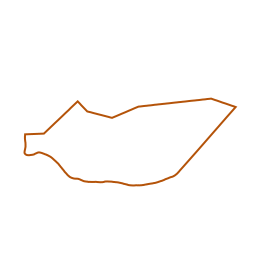 Zamakh wa Manwokh, Hadramawt, Yemen, rotated 46°
{"feature_id": "15242507B25520584620075", "entity_name": "Zamakh wa Manwokh", "entity_type": "district", "adm_level": 2, "iso_a3": "YEM", "parent_name": "Yemen", "parent_adm1": "Hadramawt", "projection": "albers", "projection_center": [47.768, 17.17], "detail": "fine", "context": "isolated", "style": "outline", "palette": "amber", "viewbox_px": 256, "rotation_deg": 46, "n_neighbors": 0, "source": "geoboundaries", "source_scale": "gbopen_adm2", "svg_char_len": 5523}
<svg xmlns="http://www.w3.org/2000/svg" viewBox="0 0 256 256"><g transform="rotate(46 128 128)"><path d="M61.1,206.4L62.2,207.6L62.4,207.9L63.0,208.5L63.4,208.8L63.5,209.0L63.8,209.3L64.3,209.7L64.8,210.1L65.3,210.5L65.7,210.8L66.1,211.1L66.6,211.5L67.1,211.8L67.6,212.2L68.0,212.6L68.5,213.0L68.9,213.4L69.4,213.9L69.9,214.3L70.3,214.8L70.7,215.3L70.9,215.5L71.0,215.7L71.4,216.3L71.8,216.8L72.1,217.3L72.4,217.8L72.5,217.9L72.7,218.2L72.9,218.5L73.1,218.7L73.6,219.3L74.0,219.7L74.2,219.8L74.5,219.9L75.1,220.0L75.6,220.0L76.2,219.9L76.7,219.7L76.8,219.7L77.2,219.5L77.6,219.2L78.1,218.8L78.6,218.3L79.0,217.9L79.3,217.5L79.6,217.0L80.4,216.0L80.7,215.5L81.1,215.1L81.2,214.9L81.3,214.6L81.7,214.0L81.8,213.5L81.9,213.0L82.1,212.4L82.3,211.9L82.5,211.4L82.6,211.2L82.7,210.8L82.9,210.2L83.0,210.1L83.2,209.7L83.5,209.2L83.9,208.8L84.3,208.5L84.7,208.2L85.0,208.0L85.2,207.9L85.7,207.6L86.2,207.3L86.4,207.2L87.1,206.9L87.3,206.8L87.7,206.6L88.3,206.3L88.7,206.2L89.0,206.0L89.5,205.8L89.9,205.6L90.1,205.4L90.8,205.2L91.1,205.0L91.3,205.0L91.8,204.7L92.1,204.7L92.3,204.6L92.9,204.4L93.5,204.2L94.0,204.0L94.5,203.9L95.3,203.7L95.6,203.6L95.9,203.6L96.6,203.5L97.2,203.4L97.8,203.4L98.0,203.4L98.6,203.3L98.9,203.3L99.1,203.3L99.7,203.3L99.8,203.3L100.3,203.2L100.5,203.2L101.0,203.2L101.8,203.1L102.7,203.1L103.2,203.1L103.6,203.1L103.8,203.0L104.5,203.0L105.2,203.0L105.9,203.0L106.3,203.1L107.2,203.2L107.8,203.2L108.3,203.3L109.1,203.4L109.6,203.4L110.2,203.4L110.8,203.5L111.1,203.5L111.4,203.6L111.7,203.6L112.0,203.6L112.5,203.6L113.1,203.7L113.7,203.7L114.3,203.8L114.5,203.8L114.9,203.9L115.3,203.9L115.5,204.0L116.2,204.0L116.6,204.0L116.8,204.0L117.3,204.0L117.5,204.0L118.1,204.0L118.4,204.0L118.8,204.1L119.5,204.1L119.8,204.1L120.0,204.1L120.6,204.1L121.3,204.0L121.8,204.0L122.0,203.9L122.5,203.9L122.9,203.8L123.0,203.8L123.5,203.6L124.1,203.4L124.6,203.2L125.2,202.9L125.9,202.5L126.3,202.3L126.9,201.9L127.3,201.6L127.8,201.1L128.3,200.6L128.7,200.2L129.1,199.9L129.6,199.4L130.0,199.1L130.6,198.8L131.2,198.5L132.1,198.1L132.5,198.0L132.8,197.9L133.1,197.7L133.4,197.6L133.9,197.4L134.4,197.2L134.9,197.0L135.4,196.8L135.8,196.5L136.3,196.2L136.8,195.8L137.3,195.4L137.7,195.1L138.2,194.6L138.7,194.3L138.9,194.2L139.3,193.9L139.7,193.4L139.9,193.2L140.1,193.0L140.5,192.6L141.1,192.1L141.5,191.7L141.9,191.3L142.3,190.8L142.8,190.3L143.2,189.9L143.6,189.5L143.7,189.3L143.9,189.1L144.3,188.6L144.8,188.2L145.3,187.8L145.8,187.4L146.2,187.0L146.7,186.6L147.2,186.1L147.6,185.7L148.1,185.3L148.3,185.0L148.5,184.8L149.0,184.3L149.3,183.9L149.7,183.3L150.0,182.9L150.1,182.6L150.3,182.3L150.5,181.8L150.6,181.7L150.8,181.4L151.3,180.9L151.7,180.4L152.2,179.9L152.6,179.5L152.9,179.3L153.0,179.2L153.4,178.8L153.9,178.3L154.3,177.9L154.7,177.5L155.1,177.2L155.5,176.8L156.0,176.5L156.5,176.1L156.8,175.8L157.0,175.7L157.5,175.2L157.9,174.9L158.4,174.5L158.8,174.1L159.3,173.7L159.7,173.4L160.1,173.0L160.6,172.7L161.2,172.3L161.4,172.2L161.6,172.0L161.9,171.8L162.1,171.7L162.5,171.4L163.0,171.1L163.6,170.7L164.0,170.4L164.5,170.2L165.0,169.9L165.3,169.8L165.5,169.6L166.1,169.2L166.6,168.9L167.2,168.5L167.4,168.4L167.7,168.2L168.1,168.0L168.1,167.9L168.6,167.7L169.1,167.4L169.3,167.3L169.5,167.2L170.0,166.8L170.5,166.4L170.9,166.0L171.4,165.7L171.7,165.3L172.3,164.8L172.7,164.4L173.2,163.9L173.6,163.5L173.9,163.1L174.1,162.9L174.3,162.6L174.7,162.1L175.1,161.7L175.6,161.2L176.0,160.8L176.4,160.4L176.5,160.2L176.9,159.9L177.3,159.5L177.7,159.0L177.8,158.9L178.1,158.6L178.4,158.2L178.8,157.7L179.1,157.3L179.5,156.8L179.5,156.7L179.9,156.2L180.3,155.6L180.6,155.0L181.0,154.5L181.1,154.4L181.4,153.9L181.7,153.3L181.9,153.2L182.2,152.7L182.5,152.2L182.9,151.6L183.2,151.2L183.5,150.7L183.9,150.2L184.2,149.7L184.5,149.4L184.7,149.1L185.1,148.5L185.3,148.1L185.7,147.5L186.1,147.0L186.2,146.8L186.4,146.5L186.7,146.0L187.0,145.4L187.3,144.8L187.6,144.3L187.8,143.8L188.0,143.3L188.1,143.2L188.3,142.7L188.6,142.1L188.8,141.6L189.1,141.0L189.4,140.6L189.6,140.0L189.7,139.9L189.9,139.3L190.2,138.7L190.4,138.2L190.5,137.7L190.7,137.1L190.8,136.8L190.9,136.5L191.1,136.0L191.4,135.5L191.6,134.9L191.9,134.3L192.2,133.6L192.4,132.9L192.6,132.4L192.9,131.8L193.1,131.3L193.2,131.1L193.5,130.6L193.8,130.1L194.0,129.6L194.2,129.0L194.3,128.8L194.3,128.5L194.5,128.0L194.6,127.4L194.7,127.0L194.7,126.7L194.8,126.2L194.8,125.8L194.8,125.5L194.9,125.0L194.9,124.5L194.9,123.9L194.9,123.4L194.8,122.8L194.8,122.1L194.8,121.6L194.7,121.0L194.6,120.5L194.2,114.8L192.8,97.0L192.3,90.9L188.8,49.9L187.7,36.0L185.8,36.9L184.2,37.8L182.4,38.7L180.6,39.6L178.8,40.5L177.1,41.4L175.3,42.4L173.4,43.3L172.0,44.0L170.0,45.0L168.2,46.0L166.4,46.9L164.6,47.8L163.4,49.4L162.1,51.0L160.9,52.7L159.4,54.5L158.4,55.9L157.2,57.5L155.9,59.1L154.7,60.7L153.4,62.3L152.2,63.8L150.9,65.5L149.7,67.1L148.5,68.7L147.2,70.3L146.0,71.9L144.7,73.5L143.5,75.1L142.3,76.6L141.0,78.3L139.8,79.9L138.5,81.6L137.3,83.1L136.1,84.7L134.8,86.3L133.6,87.9L132.3,89.5L131.1,91.1L129.8,92.7L128.6,94.4L127.4,96.0L126.1,97.6L124.9,99.2L123.6,100.8L122.4,102.4L121.2,104.0L119.9,105.6L118.4,109.4L117.0,113.2L116.2,115.2L114.8,119.0L113.3,122.8L112.6,124.7L111.1,128.6L109.6,132.4L108.1,133.4L106.5,134.3L104.9,135.3L103.4,136.2L101.8,137.2L100.3,138.1L98.7,139.1L97.1,140.1L95.6,141.0L94.0,142.0L92.5,142.9L90.9,143.8L89.4,144.8L87.8,145.8L84.3,145.8L80.7,145.8L79.0,145.8L77.0,145.7L73.9,145.7L73.9,145.8L73.8,155.4L73.9,158.2L73.8,162.6L73.8,167.5L73.7,177.1L73.6,192.4L61.1,206.4Z" fill="none" stroke="#b45309" stroke-width="2"/></g></svg>